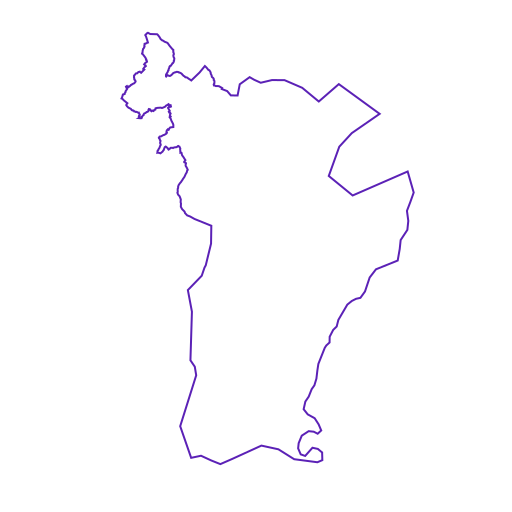 outline of Ona Ara, Oyo, Nigeria, rotated 6°
{"feature_id": "59680162B85361781814064", "entity_name": "Ona Ara", "entity_type": "district", "adm_level": 2, "iso_a3": "NGA", "parent_name": "Nigeria", "parent_adm1": "Oyo", "projection": "robinson", "projection_center": [3.959, 7.252], "detail": "fine", "context": "isolated", "style": "outline", "palette": "violet", "viewbox_px": 512, "rotation_deg": 6, "n_neighbors": 0, "source": "geoboundaries", "source_scale": "gbopen_adm2", "svg_char_len": 5968}
<svg xmlns="http://www.w3.org/2000/svg" viewBox="0 0 512 512"><g transform="rotate(6 256 256)"><path d="M398.0,156.1L345.8,185.7L320.0,168.8L327.4,138.6L338.4,123.8L364.1,101.7L320.4,76.4L302.3,95.8L284.4,83.9L265.9,78.1L253.4,79.4L242.6,83.2L235.7,80.9L231.0,78.8L221.9,86.9L220.9,98.3L214.2,98.9L210.1,95.0L204.5,93.5L204.8,92.5L201.4,91.0L200.0,91.0L198.2,91.2L197.0,90.7L196.4,90.8L196.0,90.0L196.3,88.9L196.6,88.3L196.4,87.5L196.4,86.6L196.2,86.1L196.1,85.8L195.5,85.3L195.6,85.0L195.4,84.1L194.8,83.4L193.5,82.6L193.2,82.0L193.0,81.0L191.9,79.4L191.8,78.5L191.4,77.7L190.3,76.3L189.8,76.0L189.2,75.9L187.1,73.8L185.3,72.4L180.7,79.4L173.3,88.2L171.7,87.3L170.4,86.7L169.0,85.8L168.1,85.6L167.3,85.7L167.0,85.6L166.2,84.8L165.1,84.4L163.9,83.3L163.5,83.1L163.2,82.6L162.3,82.1L161.8,81.9L161.3,81.8L160.8,81.5L159.9,81.5L159.6,81.2L158.1,81.1L157.4,81.3L156.9,81.7L156.2,81.8L155.9,82.0L154.6,82.7L153.7,84.0L153.2,84.5L152.9,85.0L152.3,85.4L151.9,85.8L151.0,86.0L149.1,85.4L148.5,86.0L148.2,86.5L147.9,86.9L147.7,86.7L147.6,85.8L147.6,84.9L148.9,82.3L149.1,81.1L149.6,80.5L149.5,79.5L149.9,78.6L150.2,76.8L150.4,76.7L150.5,76.2L151.0,75.8L151.3,75.8L151.5,75.5L152.4,73.9L152.8,73.0L153.2,72.9L153.4,72.6L154.0,71.2L153.8,70.5L154.1,70.0L154.1,67.9L153.4,67.0L153.0,66.0L152.8,64.9L153.2,64.1L153.1,63.2L152.8,62.5L152.5,62.1L152.5,61.5L152.2,60.7L152.3,59.8L152.2,59.6L151.2,59.0L148.1,56.0L145.9,53.5L145.1,53.1L142.5,52.4L141.5,51.7L140.0,51.3L139.5,50.8L138.6,50.4L137.2,48.4L135.3,46.4L134.5,45.8L127.6,46.3L125.2,45.3L124.3,45.9L123.7,46.8L123.0,47.4L122.8,47.9L123.7,49.2L125.2,52.6L126.2,55.0L125.4,55.3L125.0,55.8L123.0,56.6L122.9,56.9L123.2,57.4L122.9,58.8L123.3,59.5L122.9,60.2L122.7,61.0L122.0,62.0L122.0,62.6L121.8,63.9L121.9,65.4L121.6,66.0L121.5,66.7L122.2,67.0L125.3,70.3L125.7,71.0L126.1,72.2L126.4,72.1L127.1,73.6L127.3,74.2L125.7,75.6L124.7,77.1L126.0,78.1L126.3,78.1L126.6,78.6L125.8,79.4L125.2,80.1L124.3,81.7L125.4,82.3L122.6,85.8L121.6,85.2L121.2,84.8L120.6,85.1L119.8,85.3L118.8,86.7L118.5,86.7L117.3,87.1L116.8,88.2L115.9,89.2L115.8,89.8L116.1,90.7L116.0,91.3L116.4,92.0L116.4,92.8L116.9,93.6L117.5,93.9L118.0,94.9L118.0,95.2L116.9,96.9L115.0,98.0L114.4,98.7L113.8,98.9L113.0,100.0L111.4,101.5L111.0,100.9L110.4,101.4L109.8,100.5L109.0,101.2L110.3,103.5L109.0,105.9L109.0,106.0L109.1,106.3L109.1,106.7L108.4,107.9L108.4,108.7L107.2,109.1L106.9,109.5L106.7,109.5L106.3,111.9L105.8,113.4L106.8,113.7L108.1,114.9L112.1,117.5L111.3,118.9L111.2,119.5L112.0,120.5L113.6,121.8L116.1,122.7L117.2,123.9L118.0,124.2L118.3,124.0L118.7,124.1L119.2,124.3L119.7,124.9L120.0,124.8L121.2,125.3L121.7,125.1L123.1,125.4L124.4,126.1L124.6,125.9L125.7,127.8L125.1,128.5L124.9,129.2L124.9,129.4L125.4,129.5L125.5,129.7L125.3,130.2L125.4,130.8L125.0,131.1L126.8,131.1L127.2,130.9L127.8,130.9L127.9,130.7L128.0,130.1L127.8,129.6L128.1,129.5L128.7,128.2L129.5,127.6L129.5,126.8L130.0,125.9L131.1,125.4L132.2,124.2L133.0,124.0L133.8,123.3L133.8,122.4L134.0,122.2L134.4,122.0L134.4,121.9L133.9,121.5L134.1,121.0L135.1,121.1L135.6,121.5L136.5,122.7L136.8,122.9L137.0,122.6L137.7,122.2L138.6,122.6L138.9,122.6L139.6,121.3L140.5,121.0L140.5,120.5L140.7,120.3L140.7,119.6L142.4,119.0L145.3,118.5L145.9,118.4L146.5,118.6L147.4,118.5L149.9,117.1L151.1,115.6L152.1,115.1L153.1,114.1L153.4,114.3L153.7,115.2L155.3,114.9L155.8,116.3L155.3,116.6L153.9,116.9L153.1,117.7L153.0,117.9L155.0,120.6L154.2,121.6L154.7,122.3L155.1,122.0L155.4,122.4L156.2,123.2L156.2,123.4L155.9,123.8L155.7,124.5L155.7,125.6L156.0,125.7L156.6,126.2L156.4,126.6L155.7,127.1L156.9,128.5L157.6,130.1L159.6,133.1L160.1,134.3L160.3,136.4L157.3,137.1L156.7,137.8L155.9,139.7L155.6,139.6L155.1,139.2L154.3,140.2L154.1,140.5L154.1,141.6L153.9,142.1L154.5,142.6L154.4,143.1L154.0,143.7L152.2,145.1L151.3,145.4L149.0,147.0L147.7,147.3L147.2,148.2L147.0,148.6L147.3,149.1L147.7,149.2L148.0,149.6L148.3,150.7L148.9,151.2L149.0,151.8L148.9,152.3L148.8,153.3L149.0,154.2L149.5,154.8L149.6,155.2L149.6,155.6L149.0,156.9L149.0,157.2L148.7,158.5L148.0,159.8L147.7,160.9L147.3,161.3L147.1,161.8L147.1,163.6L147.6,163.4L148.7,163.6L149.1,163.6L150.2,163.9L152.2,161.9L152.8,160.6L153.2,160.2L153.3,159.5L153.8,157.5L154.1,157.1L154.7,156.6L155.0,156.7L156.6,157.8L157.9,159.3L158.2,159.1L158.1,158.6L158.6,158.3L159.1,158.3L159.9,157.3L161.5,157.1L162.2,157.3L163.2,156.6L164.9,156.2L165.2,156.2L166.1,155.7L166.9,154.8L167.2,154.7L167.6,155.1L168.4,155.2L169.5,157.1L169.4,158.0L169.7,159.0L169.7,159.7L170.0,160.6L170.0,161.2L170.9,161.0L171.1,161.1L171.8,163.2L172.1,163.7L173.5,165.2L175.2,167.4L175.7,167.9L175.8,168.1L175.7,168.3L175.0,169.3L174.7,170.0L174.9,170.3L176.5,170.8L176.7,171.2L176.5,172.4L176.5,173.2L176.8,174.0L177.6,174.9L177.9,175.5L178.4,176.0L178.7,176.9L179.1,177.4L179.0,177.7L178.5,178.6L178.4,180.0L177.5,181.9L176.6,184.7L175.1,187.4L174.7,188.4L174.2,189.2L173.6,190.4L172.7,191.6L171.6,193.7L171.3,195.1L171.4,195.9L171.4,196.6L171.1,197.4L171.3,199.4L171.5,200.5L171.2,201.3L172.1,203.1L173.8,204.6L175.3,207.6L175.4,210.4L175.9,211.6L176.1,214.9L177.6,217.1L180.3,219.3L180.9,220.7L183.3,222.8L186.4,223.6L191.0,225.6L208.4,230.6L210.0,248.4L207.0,270.5L206.0,272.9L204.1,281.3L191.8,297.0L198.1,318.1L201.7,366.6L206.7,372.5L209.0,380.9L198.4,433.2L212.6,463.5L222.2,460.4L232.8,464.0L242.3,466.7L253.4,460.4L281.2,444.0L298.5,445.9L315.2,454.1L338.6,454.7L343.3,452.1L342.3,444.5L337.7,441.4L332.2,440.8L325.8,449.7L321.2,448.6L318.0,442.9L318.0,437.7L320.3,429.9L326.7,424.7L331.8,424.7L335.9,426.3L339.1,422.7L335.9,416.9L331.3,411.2L324.0,408.1L319.4,403.4L320.3,395.6L323.1,390.4L325.3,382.6L327.6,378.5L328.9,371.6L329.0,363.4L329.3,356.8L334.0,340.1L335.3,337.6L338.2,334.3L337.7,328.6L340.5,321.4L343.6,317.7L344.6,310.9L351.9,294.8L356.0,290.7L360.0,288.1L364.2,286.7L368.1,279.9L371.3,265.5L376.7,256.7L397.4,245.7L398.2,234.0L398.2,225.0L403.8,214.2L403.8,205.2L401.4,195.3L403.8,186.3L406.2,176.4L398.0,156.1Z" fill="none" stroke="#5b21b6" stroke-width="2"/></g></svg>